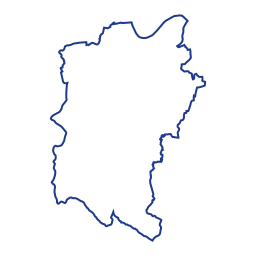 the district of Duc Tho, Ha Tinh, Vietnam
{"feature_id": "81297802B16083563480391", "entity_name": "Duc Tho", "entity_type": "district", "adm_level": 2, "iso_a3": "VNM", "parent_name": "Vietnam", "parent_adm1": "Ha Tinh", "projection": "robinson", "projection_center": [105.62, 18.488], "detail": "fine", "context": "isolated", "style": "outline", "palette": "blue", "viewbox_px": 256, "rotation_deg": 0, "n_neighbors": 0, "source": "geoboundaries", "source_scale": "gbopen_adm2", "svg_char_len": 5763}
<svg xmlns="http://www.w3.org/2000/svg" viewBox="0 0 256 256"><path d="M193.8,100.3L193.7,97.3L193.9,95.8L194.8,96.5L195.1,96.5L195.6,93.4L197.0,87.6L197.4,87.4L198.9,87.4L200.5,87.0L204.6,85.7L204.9,85.0L205.1,81.8L203.0,81.2L202.3,80.7L202.5,78.4L202.4,77.2L202.2,76.8L199.7,76.9L198.9,76.7L197.3,75.4L196.4,74.0L196.1,73.8L194.6,74.6L194.4,74.9L194.2,75.6L194.1,78.6L193.3,79.3L192.9,79.3L192.2,76.9L191.8,73.7L191.7,73.6L189.2,72.6L188.6,71.6L188.2,71.3L187.5,71.2L184.8,71.5L183.9,71.3L183.1,70.5L181.4,69.4L181.2,69.1L181.1,68.2L181.7,66.2L181.6,64.8L181.7,64.4L182.2,64.2L184.5,64.2L185.4,63.6L186.5,62.3L189.4,59.8L190.6,58.2L190.8,57.6L190.7,55.4L190.5,54.4L190.4,51.2L190.1,49.4L187.7,49.9L187.4,49.1L186.7,47.9L186.0,47.3L185.3,46.9L185.3,46.2L184.5,45.4L184.3,45.0L183.0,45.6L178.8,47.2L178.1,47.1L177.2,46.1L180.5,43.8L182.0,42.0L182.5,40.6L182.7,39.6L182.3,35.6L183.3,32.3L183.4,28.2L183.7,27.2L184.6,25.6L186.2,22.8L187.6,20.9L183.7,17.1L182.0,15.7L179.5,15.4L174.1,16.1L166.2,20.5L164.1,22.2L156.6,31.0L152.5,35.1L148.7,37.0L146.1,37.9L143.9,38.1L140.6,37.6L138.4,36.3L136.1,33.3L132.6,26.0L131.5,22.4L121.8,23.1L121.1,22.6L115.9,23.8L114.0,24.0L114.3,22.7L114.0,22.5L112.6,23.5L112.1,24.4L111.3,24.7L110.5,25.3L110.3,25.9L110.3,27.0L109.1,27.4L107.9,28.3L107.6,28.3L106.5,28.0L104.1,27.7L103.0,32.7L102.5,33.7L101.5,34.0L100.1,36.0L100.1,37.9L99.4,38.8L99.8,39.1L99.7,40.9L99.2,41.7L98.8,43.2L98.2,43.6L97.7,44.3L96.4,44.4L95.1,43.9L93.6,43.1L92.2,42.9L91.7,42.9L90.7,43.7L89.6,44.2L88.7,45.1L88.1,44.7L86.5,45.1L86.3,42.2L80.2,42.6L74.1,43.5L73.3,43.7L70.5,45.0L68.1,45.4L67.3,45.3L65.1,46.3L64.1,49.3L63.5,50.0L63.2,50.1L62.7,50.6L60.9,50.3L60.6,50.4L59.6,51.3L59.1,52.2L59.9,53.4L60.7,53.9L61.3,54.7L61.6,55.5L61.5,55.9L61.2,56.6L62.3,58.3L63.3,58.8L63.5,59.8L64.2,60.7L64.0,61.8L64.4,62.4L64.5,63.1L62.7,65.4L62.5,67.5L61.9,67.7L61.1,67.7L60.7,68.1L61.1,69.2L62.4,71.5L61.0,72.4L63.0,81.3L63.4,82.3L64.1,82.9L64.5,83.1L65.5,83.3L66.4,83.2L67.4,82.9L66.8,85.4L66.5,89.5L66.3,93.5L66.3,97.4L66.6,99.6L66.2,100.7L62.4,105.5L61.5,108.9L60.4,110.7L59.5,111.9L53.4,115.2L51.8,116.6L51.0,118.1L50.9,118.5L51.1,119.2L51.5,119.6L54.2,120.8L56.1,123.2L61.1,126.3L62.9,128.2L66.0,132.1L66.2,132.5L66.2,133.3L64.9,137.1L64.2,140.6L63.1,142.9L61.8,145.0L60.5,145.7L57.4,146.4L56.9,146.3L55.9,145.8L55.3,145.8L54.4,146.4L54.1,146.9L53.4,148.5L53.1,150.1L53.3,151.5L53.8,153.0L54.5,154.4L55.4,155.3L55.7,155.9L55.7,158.1L55.4,159.2L55.1,159.7L53.7,161.0L53.5,161.5L53.6,161.9L54.9,163.8L54.9,164.1L53.9,167.0L53.8,168.2L54.5,169.8L55.3,171.1L55.3,172.9L55.1,174.7L54.1,178.3L53.4,179.9L51.9,181.9L51.8,182.5L52.9,183.9L53.6,184.2L54.1,184.6L54.7,185.6L54.9,186.2L55.0,187.2L54.6,189.5L54.5,192.2L55.4,196.6L56.4,198.6L56.9,200.1L57.1,200.9L56.9,202.1L57.1,202.6L57.8,203.5L58.1,203.7L58.7,203.6L60.5,202.0L61.2,201.6L62.3,201.8L64.6,203.0L65.3,202.9L66.2,201.8L66.5,200.5L67.1,199.5L69.3,198.0L70.3,197.6L71.4,197.5L73.4,198.3L75.1,198.1L77.0,198.7L81.0,201.2L82.3,201.5L83.8,202.6L84.2,203.1L84.9,204.9L86.0,206.2L86.9,207.7L87.9,208.3L89.1,210.2L90.5,211.3L91.2,211.6L93.4,213.5L94.4,215.2L95.2,216.7L96.4,217.4L96.7,218.2L97.4,219.2L98.6,220.4L99.5,221.0L100.4,222.5L101.3,222.8L102.6,223.8L104.7,224.4L105.3,225.3L105.9,226.0L106.7,226.2L107.8,225.6L110.5,224.8L111.3,224.2L111.9,222.9L112.1,221.6L112.6,220.2L112.5,219.4L111.0,217.5L112.6,213.9L113.3,212.0L113.8,214.2L114.6,215.4L115.4,216.3L117.0,217.4L118.1,217.8L118.2,218.7L119.0,220.1L119.9,221.1L120.9,221.4L121.2,222.5L122.6,222.5L123.9,223.0L124.8,223.6L126.0,224.6L127.0,224.5L127.6,224.8L128.3,225.4L129.0,225.5L130.2,225.8L133.5,228.5L134.3,228.7L135.2,228.7L135.5,229.1L137.0,229.9L137.2,230.1L137.8,231.4L139.3,232.8L141.8,234.2L144.1,236.1L145.8,236.3L146.7,236.8L148.8,238.5L152.5,240.6L153.6,238.8L154.6,237.7L156.2,236.5L158.6,235.4L159.5,234.6L159.7,234.1L160.0,233.4L161.1,227.7L161.1,227.3L160.0,225.5L159.7,224.2L161.0,221.1L161.3,220.0L159.6,218.9L155.9,217.3L155.2,216.2L154.8,215.9L154.2,215.8L153.4,216.1L152.7,216.1L152.3,215.8L151.5,214.6L151.2,214.4L147.7,213.4L146.9,212.6L146.4,210.7L146.5,209.9L147.4,208.9L147.6,208.2L148.3,206.9L150.8,204.4L152.4,202.4L152.3,202.2L152.5,201.3L152.3,200.7L152.5,200.1L152.8,199.9L153.2,199.9L153.4,200.1L153.8,199.9L154.4,198.5L153.8,197.9L153.6,197.3L152.7,196.3L152.8,195.6L153.3,194.8L153.4,194.2L150.3,183.3L150.1,180.3L151.1,177.2L150.8,176.4L150.9,175.5L150.6,175.1L150.7,174.7L150.4,171.8L150.7,171.3L151.8,170.6L152.6,169.7L153.3,169.5L153.5,168.7L154.0,168.2L153.5,167.6L153.3,166.6L153.1,166.3L153.2,165.4L152.6,164.8L153.2,164.2L153.2,163.1L153.6,162.2L153.9,162.2L154.6,162.6L155.1,162.2L155.7,162.4L157.0,162.2L157.9,161.6L159.7,161.8L160.4,161.3L160.7,161.8L161.0,161.9L161.6,161.4L161.6,160.7L162.2,159.7L162.2,159.4L161.9,159.3L161.7,159.5L161.3,160.1L161.0,160.0L160.9,158.5L162.1,157.5L162.4,157.0L162.5,155.0L162.4,154.7L161.4,154.8L161.1,154.5L160.7,153.6L160.7,152.7L161.2,151.8L161.8,150.0L162.0,149.7L162.8,149.7L162.3,148.6L162.5,147.3L161.9,146.7L161.5,145.4L160.9,145.0L160.5,144.3L160.8,143.5L160.7,142.4L161.1,141.6L161.8,139.7L161.3,139.3L160.7,139.8L160.4,139.8L160.1,139.2L160.3,138.7L161.3,137.7L161.7,135.8L162.4,135.2L162.8,135.1L163.0,135.5L162.8,136.4L163.1,136.7L163.5,136.7L164.7,135.7L164.9,135.3L164.8,134.7L165.0,134.4L167.5,134.4L170.5,134.0L171.1,134.6L171.5,135.7L172.6,137.0L173.2,136.9L175.5,137.4L178.4,137.7L178.4,137.0L178.2,136.2L177.7,132.8L177.8,132.3L178.9,130.2L179.2,129.1L179.0,128.5L177.8,127.1L177.6,126.6L177.8,124.8L179.2,123.7L179.8,122.9L180.9,120.4L182.7,120.0L183.4,119.4L184.0,117.4L183.9,115.2L184.5,113.1L186.2,112.9L186.4,112.6L186.4,111.0L188.3,111.0L190.2,105.8L190.9,102.5L191.8,100.9L192.4,100.6L193.8,100.3Z" fill="none" stroke="#1e3a8a" stroke-width="2"/></svg>